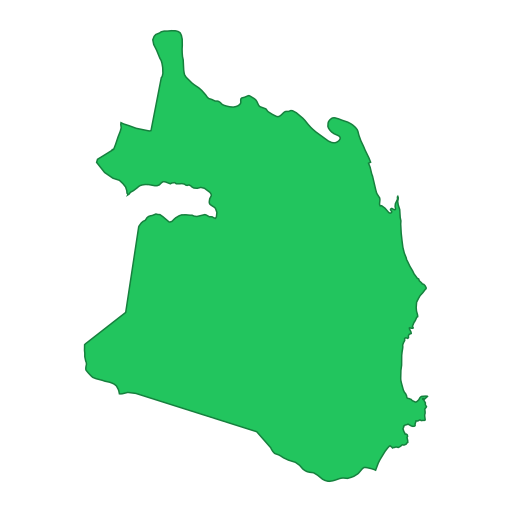 the district of Troumassee, Micoud, Saint Lucia
{"feature_id": "8701671B86080825614718", "entity_name": "Troumassee", "entity_type": "district", "adm_level": 2, "iso_a3": "LCA", "parent_name": "Saint Lucia", "parent_adm1": "Micoud", "projection": "robinson", "projection_center": [-60.903, 13.81], "detail": "fine", "context": "isolated", "style": "filled", "palette": "green", "viewbox_px": 512, "rotation_deg": 0, "n_neighbors": 0, "source": "geoboundaries", "source_scale": "gbopen_adm2", "svg_char_len": 6065}
<svg xmlns="http://www.w3.org/2000/svg" viewBox="0 0 512 512"><path d="M375.6,470.2L378.3,463.0L380.0,459.6L385.1,451.3L387.8,447.8L389.4,446.1L390.1,445.8L392.0,447.3L392.5,448.0L393.9,447.4L394.6,447.5L395.3,447.1L396.6,447.0L398.2,447.5L398.9,447.2L400.6,446.2L402.4,444.7L403.9,445.1L406.1,444.2L407.0,442.9L407.8,442.4L407.7,440.5L407.0,437.4L407.6,436.4L407.3,434.9L406.6,434.3L406.0,434.0L405.3,434.2L404.8,433.6L404.7,432.8L403.7,431.3L403.5,430.1L402.9,428.9L403.6,427.4L403.6,426.4L403.7,426.0L404.4,425.8L405.1,425.0L407.0,424.6L408.0,424.1L411.2,425.9L412.4,426.3L413.7,426.3L414.6,426.1L415.1,425.6L415.1,423.9L416.0,421.3L416.0,420.9L417.8,421.0L419.8,419.9L420.1,419.9L421.2,420.6L421.7,420.6L422.7,420.4L424.5,420.4L425.2,419.9L424.7,416.0L424.7,414.8L425.1,413.2L425.1,411.9L424.8,409.2L425.4,408.2L426.0,407.6L426.5,406.7L425.6,405.2L425.3,404.3L425.4,402.9L423.6,399.7L422.8,399.4L422.6,398.7L423.0,398.4L424.6,399.1L427.5,396.4L427.3,396.2L425.4,396.1L421.6,396.4L420.6,397.0L419.8,397.9L418.8,399.8L417.1,401.4L415.7,402.2L412.2,400.6L411.1,399.4L410.2,399.1L409.2,398.6L407.5,398.3L406.8,397.5L406.6,395.9L405.6,393.7L404.3,392.1L403.3,389.9L401.4,382.9L400.8,380.2L400.7,378.3L400.9,370.4L401.6,365.3L401.7,355.4L402.1,351.8L402.6,348.8L402.8,347.0L402.7,344.9L403.6,342.5L404.7,340.5L404.6,338.4L405.8,337.8L406.7,338.0L407.7,338.4L408.5,337.6L408.4,335.7L409.2,334.3L411.2,333.5L411.0,332.0L409.4,328.8L409.4,327.9L409.8,327.7L411.1,328.2L412.8,328.3L413.2,327.9L412.5,326.4L412.7,325.6L414.2,322.0L414.5,321.9L415.6,319.9L416.7,317.3L417.7,316.7L417.6,315.1L416.5,311.1L416.2,307.6L416.6,302.2L418.5,298.4L420.1,295.6L422.8,292.7L425.3,289.4L426.1,288.7L426.1,287.6L425.0,285.6L423.7,284.3L422.4,284.0L421.6,282.9L419.4,280.9L418.6,278.9L417.4,278.4L414.0,273.8L412.7,271.0L409.9,266.3L407.3,260.9L406.7,260.0L406.2,257.8L404.3,253.1L402.9,247.4L402.0,240.5L401.2,233.2L400.7,224.1L400.9,220.9L400.2,217.5L399.7,209.5L398.2,204.8L397.7,201.3L398.2,198.9L398.2,197.4L397.8,196.4L397.4,197.0L397.5,199.2L395.4,203.7L395.1,206.4L395.5,208.4L395.4,209.3L395.0,209.7L394.2,209.7L391.8,208.4L391.1,208.7L390.5,209.3L390.5,209.9L391.4,211.0L391.8,211.9L390.9,213.0L390.1,213.2L388.8,212.6L385.0,208.2L381.6,205.7L380.2,205.9L379.5,204.2L379.9,199.9L379.7,198.0L377.5,194.6L376.7,193.2L375.8,190.1L372.5,176.0L371.7,173.9L370.1,167.2L368.5,163.2L370.6,162.2L368.9,157.9L365.1,150.1L363.5,146.3L360.8,140.6L358.9,135.3L357.9,131.3L357.2,129.7L356.0,128.1L354.9,126.9L352.7,125.0L350.9,123.8L347.7,122.1L342.0,120.2L338.7,118.9L334.8,117.8L333.6,117.8L332.4,118.0L331.6,118.4L330.0,119.7L328.6,121.5L328.1,123.0L327.9,126.3L328.2,127.3L328.6,128.3L330.0,130.3L331.6,132.0L334.0,133.7L337.8,135.4L339.1,136.1L340.0,137.2L340.3,138.1L340.0,139.1L339.1,140.5L338.3,141.2L337.4,141.8L336.0,142.5L334.9,142.8L333.6,142.8L331.6,142.5L328.3,141.0L315.8,131.9L312.8,129.3L310.8,127.4L308.1,124.4L304.9,120.4L302.8,118.2L296.4,112.8L292.7,110.8L291.7,110.6L290.6,110.6L288.8,111.4L286.2,111.4L285.2,111.6L283.8,112.5L281.1,115.1L279.4,116.3L277.9,116.7L276.4,116.4L272.4,114.4L268.4,111.9L267.6,111.2L266.1,109.1L265.7,108.8L260.3,106.8L259.5,106.3L258.8,105.5L258.3,104.6L256.8,101.4L255.6,99.7L253.9,98.4L249.9,96.0L248.9,95.6L248.0,95.8L244.7,97.2L241.7,98.0L241.0,98.7L240.8,99.4L240.7,100.3L240.8,102.1L240.7,103.0L239.8,104.4L238.1,105.7L237.2,106.1L235.7,106.6L233.3,107.1L229.8,106.8L226.6,106.1L223.7,105.2L221.9,104.2L220.4,102.6L218.6,101.4L217.6,101.1L215.7,101.1L214.8,100.9L211.9,99.5L208.7,98.5L207.2,97.1L205.6,94.8L201.8,90.5L199.0,88.0L194.1,84.7L191.7,82.8L186.1,77.2L184.6,74.9L184.1,72.8L183.7,70.0L183.2,59.9L182.5,56.6L182.2,52.9L182.1,49.0L182.3,45.3L182.2,39.2L181.4,35.4L180.2,32.9L179.3,32.2L178.1,31.5L175.6,30.8L171.5,30.7L167.2,31.1L164.1,31.1L161.2,31.8L159.7,32.9L155.8,34.5L154.1,36.4L152.8,39.8L153.7,44.5L156.6,50.2L159.9,58.3L161.2,60.6L162.0,63.4L162.7,67.6L162.9,73.4L162.2,76.5L161.3,77.7L151.0,130.6L149.4,131.0L136.2,128.3L128.8,125.6L123.5,123.9L121.0,122.7L120.8,124.5L121.2,127.8L120.3,131.2L118.1,136.8L115.5,144.6L113.7,149.2L112.9,149.4L113.2,149.6L97.5,159.3L96.6,162.4L104.6,172.5L112.9,178.2L119.4,180.3L122.9,183.6L125.6,187.0L126.8,190.7L127.0,193.1L128.0,194.5L127.8,194.9L129.1,194.1L130.2,192.6L130.8,192.1L133.5,190.6L137.2,187.8L138.8,186.4L140.1,185.6L142.4,184.9L145.3,184.5L148.8,184.6L154.7,185.7L157.1,185.7L159.3,184.9L161.0,183.2L162.9,181.7L165.1,181.8L170.4,183.8L171.8,183.0L174.7,182.6L176.3,183.8L179.5,183.8L181.9,183.6L184.4,184.1L186.0,185.2L187.3,185.4L189.0,184.9L190.7,185.8L192.0,187.0L193.8,188.0L197.2,188.3L200.8,187.4L204.5,188.3L210.1,192.5L211.2,194.4L211.3,195.7L209.7,198.8L209.3,201.4L209.3,202.9L209.9,204.2L211.1,205.2L214.5,207.4L215.3,208.2L215.8,209.3L216.9,212.5L216.4,216.9L215.4,218.4L213.4,217.6L212.3,216.9L210.9,216.7L209.4,216.8L206.2,215.0L204.8,214.6L196.9,216.5L194.0,216.1L192.1,215.2L190.0,215.2L185.9,214.8L181.6,214.9L179.1,215.8L175.7,217.8L173.9,219.4L172.1,221.3L169.9,222.1L169.0,221.9L162.9,216.7L159.9,214.6L157.9,214.5L155.9,214.0L152.2,215.5L150.4,215.8L148.5,216.5L147.0,217.7L145.3,220.3L143.2,221.3L141.3,222.9L139.2,225.8L138.7,226.8L125.7,312.4L85.6,343.7L84.6,344.7L84.5,350.4L84.8,353.2L84.8,356.7L85.7,361.0L86.2,362.1L86.5,364.1L85.9,367.1L85.8,368.7L85.9,369.7L86.2,370.4L88.7,373.4L91.5,376.3L92.8,377.4L96.1,378.7L102.3,380.3L104.9,381.2L109.6,382.2L112.5,383.3L114.3,384.2L116.4,385.9L118.2,389.2L118.8,390.8L119.4,393.8L120.9,393.9L122.6,393.7L127.8,392.4L135.8,393.4L256.7,431.7L270.7,447.7L271.4,449.2L272.8,451.4L274.5,453.3L275.3,453.7L278.5,454.8L280.6,455.9L283.5,457.8L288.4,460.1L295.4,462.3L299.6,465.3L302.8,469.0L304.7,470.4L306.5,471.4L307.6,471.8L309.8,472.3L313.2,472.7L314.0,473.0L317.6,475.2L322.5,479.2L324.9,480.4L327.7,481.2L329.5,481.3L332.7,480.8L334.9,480.2L339.8,478.5L341.7,478.1L343.3,478.0L347.5,478.4L351.3,477.3L353.9,476.3L357.7,473.9L358.6,473.1L362.1,469.0L363.5,467.8L364.1,467.5L365.8,467.5L367.7,467.8L371.5,468.7L374.1,469.5L375.6,470.2Z" fill="#22c55e" stroke="#15803d" stroke-width="1.5"/></svg>